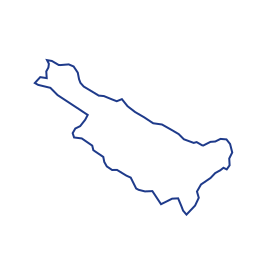 outline of Naryn, Naryn, Kyrgyzstan, rotated 214°
{"feature_id": "92254566B90021194946204", "entity_name": "Naryn", "entity_type": "district", "adm_level": 2, "iso_a3": "KGZ", "parent_name": "Kyrgyzstan", "parent_adm1": "Naryn", "projection": "albers", "projection_center": [76.24, 41.45], "detail": "fine", "context": "isolated", "style": "outline", "palette": "blue", "viewbox_px": 256, "rotation_deg": 214, "n_neighbors": 0, "source": "geoboundaries", "source_scale": "gbopen_adm2", "svg_char_len": 1103}
<svg xmlns="http://www.w3.org/2000/svg" viewBox="0 0 256 256"><g transform="rotate(214 128 128)"><path d="M82.6,151.3L91.9,150.7L101.8,149.9L109.8,146.0L120.6,145.9L131.0,145.2L140.5,145.8L149.2,148.5L152.3,143.9L157.1,142.8L165.8,141.0L169.7,138.9L170.3,138.5L187.9,137.6L192.6,138.8L192.8,138.9L195.9,141.1L200.6,145.8L207.5,148.6L212.7,147.6L219.2,142.4L220.7,141.5L228.6,141.0L233.1,139.0L229.5,137.0L227.8,133.6L227.4,129.2L223.3,123.9L229.2,121.1L230.4,113.2L226.6,113.5L214.8,117.9L204.8,115.9L188.6,116.1L168.7,116.3L168.1,110.9L168.7,102.8L171.4,98.1L171.0,92.8L167.4,90.0L160.5,93.5L147.8,93.4L144.3,90.2L132.3,90.2L128.7,86.6L124.1,84.3L117.7,84.3L113.7,87.1L102.7,87.6L98.0,88.4L87.4,82.4L84.6,82.7L78.5,84.9L72.5,89.3L58.0,83.3L51.9,94.1L47.1,97.7L40.1,93.1L36.1,90.3L31.1,88.9L29.0,101.2L30.3,109.7L35.3,113.9L35.9,122.0L31.6,132.8L30.5,139.4L27.8,144.7L26.6,148.4L23.0,148.9L22.9,153.9L27.0,159.3L27.9,166.0L34.4,171.8L40.0,173.6L45.2,170.7L48.1,165.6L51.9,162.6L55.8,155.6L56.9,155.1L63.2,154.7L65.2,152.4L75.4,149.9L82.6,151.3Z" fill="none" stroke="#1e3a8a" stroke-width="2"/></g></svg>